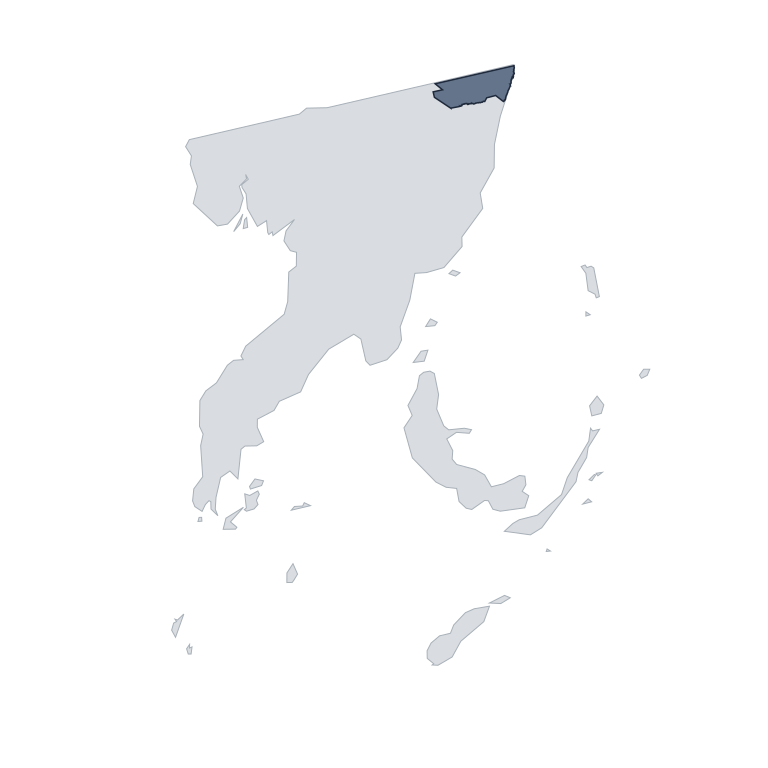 Vanimo/Green River District, Sandaun, Papua New Guinea (highlighted), rotated 77°
{"feature_id": "67681753B35177268475700", "entity_name": "Vanimo/Green River District", "entity_type": "district", "adm_level": 2, "iso_a3": "PNG", "parent_name": "Papua New Guinea", "parent_adm1": "Sandaun", "projection": "equal_earth", "projection_center": [141.584, -3.431], "detail": "fine", "context": "in_parent", "style": "filled", "palette": "slate", "viewbox_px": 768, "rotation_deg": 77, "n_neighbors": 0, "source": "geoboundaries", "source_scale": "gbopen_adm2", "svg_char_len": 7600}
<svg xmlns="http://www.w3.org/2000/svg" viewBox="0 0 768 768"><g transform="rotate(77 384 384)"><path d="M102.1,518.7L102.0,405.8L97.8,397.4L102.0,377.3L101.9,186.1L110.0,187.0L149.0,210.3L175.4,222.5L198.3,228.1L219.5,247.3L235.1,248.3L258.3,275.1L267.6,277.0L284.0,299.4L285.0,317.5L283.1,329.0L308.1,340.0L332.0,355.4L345.0,357.0L352.2,362.5L361.0,375.7L362.6,393.4L357.4,396.5L335.0,396.4L328.7,402.2L337.6,430.0L357.7,455.4L372.9,467.0L377.3,489.9L385.0,497.1L389.8,515.3L397.7,517.2L413.1,514.2L415.6,521.9L413.2,533.4L415.4,538.0L443.6,547.7L434.1,553.7L438.3,564.2L456.7,573.2L468.1,576.6L475.0,575.5L466.9,580.7L459.7,579.2L458.3,580.8L461.3,585.2L467.2,589.9L460.9,595.9L454.8,596.8L443.4,592.9L433.6,581.5L402.8,576.5L392.1,571.5L383.7,573.3L358.7,567.1L350.6,559.1L345.2,547.0L330.5,532.4L327.1,525.2L328.6,515.7L324.5,517.1L316.0,510.2L293.6,465.6L282.1,459.3L253.5,451.6L249.4,442.9L236.0,439.6L233.0,445.3L222.1,449.3L212.8,445.0L203.6,434.2L214.4,458.8L210.6,458.7L212.4,462.6L210.3,463.2L198.4,461.7L202.0,471.9L182.3,477.6L167.7,475.6L160.7,478.1L157.8,477.8L154.0,470.2L148.7,471.7L153.2,471.8L158.8,480.5L171.1,479.3L183.0,485.9L193.0,500.5L192.5,510.7L165.3,529.3L149.5,521.3L126.5,523.4L118.4,520.3L108.1,523.9L102.1,518.7ZM514.1,268.4L519.7,273.5L525.4,268.1L536.3,274.7L534.1,299.3L530.5,306.1L521.2,308.6L520.1,312.2L526.0,326.7L523.5,331.9L515.4,337.3L502.1,336.7L498.6,346.7L491.2,355.5L462.4,373.0L431.2,374.4L421.0,363.6L410.3,365.5L395.9,352.8L383.9,347.6L381.5,342.7L381.8,336.3L385.1,332.6L406.6,333.2L420.3,338.3L438.2,335.2L443.2,331.3L445.2,315.6L448.2,309.0L451.2,312.0L447.4,324.3L451.6,335.2L464.4,332.0L472.5,334.5L478.8,331.3L487.9,314.2L495.2,306.4L508.3,302.5L508.1,289.9L503.6,272.6L505.5,267.5L514.1,268.4ZM670.2,394.7L668.6,400.3L667.7,398.5L661.1,403.6L653.6,402.0L647.0,396.4L641.9,386.5L641.8,375.3L634.5,370.3L625.1,356.1L623.3,346.6L624.2,331.2L638.0,340.2L651.9,367.0L665.3,379.0L670.2,394.7ZM563.9,275.3L554.6,299.9L548.9,289.8L546.7,282.8L546.3,264.0L531.7,235.9L516.5,226.5L485.7,197.3L473.5,192.7L476.6,191.3L476.6,184.2L491.8,199.4L501.2,203.1L513.8,214.9L522.4,218.9L559.6,262.7L563.9,275.3ZM318.1,153.5L347.3,154.5L347.8,157.8L343.9,158.2L339.0,164.1L321.5,162.4L313.9,165.5L313.3,161.3L316.2,160.1L315.8,155.7L318.1,153.5ZM463.3,530.3L468.6,534.5L473.1,533.9L476.5,538.7L477.0,546.6L475.0,548.4L473.8,546.0L459.7,544.4L462.4,539.9L459.8,531.0L463.3,530.3ZM461.8,188.7L451.5,188.6L443.7,179.1L453.8,174.5L461.5,178.9L461.8,188.7ZM483.8,564.6L490.5,559.6L492.0,561.3L489.4,573.4L479.2,568.2L472.5,548.7L483.8,564.6ZM538.6,513.1L549.8,511.0L555.1,516.2L556.7,518.1L555.6,523.3L546.3,521.1L538.6,513.1ZM563.1,630.8L583.9,644.1L576.1,646.3L569.6,642.7L568.8,639.5L566.1,640.6L567.5,638.3L563.1,630.8ZM369.6,350.7L360.4,340.5L360.9,333.6L370.8,339.7L369.6,350.7ZM456.3,537.8L453.6,538.1L447.5,531.1L451.2,523.2L455.4,526.1L456.3,537.8ZM621.1,330.6L617.1,314.1L620.7,309.1L624.2,319.6L621.1,330.6ZM337.4,330.5L331.0,324.1L335.8,318.2L338.6,321.3L337.4,330.5ZM436.4,131.9L432.8,133.1L428.0,127.7L429.4,121.7L434.8,125.6L436.4,131.9ZM294.9,290.0L291.1,295.9L288.5,291.4L292.7,284.9L294.9,290.0ZM486.0,483.0L486.1,502.7L483.2,498.8L484.6,490.7L481.7,488.4L486.0,483.0ZM195.5,488.1L201.7,496.2L186.6,483.3L195.5,488.1ZM200.9,486.2L192.6,482.9L190.9,480.4L200.7,481.6L200.9,486.2ZM603.7,632.7L603.1,635.5L597.6,635.9L594.0,632.0L597.5,632.9L597.0,630.2L603.7,632.7ZM545.5,208.2L545.7,217.4L541.8,210.9L545.5,208.2ZM525.0,203.3L523.4,205.8L519.5,199.4L520.2,198.1L525.0,203.3ZM476.7,592.3L476.1,596.2L472.4,594.2L472.9,591.7L476.7,592.3ZM521.6,196.3L518.7,197.4L519.2,191.1L521.6,196.3ZM362.9,167.5L363.2,172.0L359.1,171.0L362.9,167.5ZM584.2,259.4L583.7,263.6L581.4,262.2L584.2,259.4Z" fill="#d9dde1" stroke="#a8b0b8" stroke-width="1"/><path d="M135.7,203.9L135.6,203.7L135.4,203.4L135.2,203.3L135.2,203.2L134.8,203.0L134.8,202.9L134.7,202.8L134.5,202.6L134.4,202.6L134.4,202.1L134.4,201.9L134.2,201.8L133.9,201.7L133.7,201.5L133.4,201.4L133.0,201.3L132.9,201.3L132.6,201.1L132.4,201.1L132.2,201.0L131.9,200.9L131.7,200.7L131.4,200.5L130.7,200.2L130.3,199.8L130.2,199.8L129.9,199.6L129.5,199.3L129.3,199.1L129.1,198.9L128.9,198.8L128.8,198.7L128.5,198.5L128.4,198.4L128.2,198.3L128.1,198.2L127.9,198.1L127.7,198.0L127.3,197.8L127.2,197.8L127.0,198.2L127.1,197.9L127.0,197.7L126.5,197.4L125.9,197.0L125.6,196.6L125.3,196.5L125.2,196.3L124.5,195.7L124.4,195.7L124.0,195.4L123.3,194.9L123.0,194.7L122.8,194.5L122.4,194.3L122.0,194.0L121.6,193.9L121.3,193.8L121.4,193.7L121.0,193.7L120.8,193.7L120.3,193.4L120.2,193.3L120.2,193.2L120.2,193.4L120.1,193.5L120.1,193.2L119.8,192.8L119.4,192.6L119.1,192.5L119.0,192.4L118.4,192.3L117.8,192.2L117.4,192.1L117.2,191.9L116.7,191.8L116.6,191.7L116.4,191.6L116.2,191.5L116.1,191.4L115.9,191.5L115.8,191.4L115.5,191.2L115.4,191.1L115.4,190.9L115.2,190.9L114.8,190.7L114.7,190.6L114.6,190.3L114.5,190.1L114.7,189.9L114.8,189.8L114.8,189.7L114.8,189.4L114.7,189.3L114.7,189.2L114.4,189.1L114.2,189.3L114.2,189.6L114.3,189.9L114.3,190.0L114.2,190.1L113.9,190.2L113.6,190.0L113.4,189.9L113.2,189.6L113.2,189.4L113.4,189.1L113.5,189.0L113.6,188.9L113.5,188.7L113.3,188.7L113.3,188.8L113.2,188.9L112.8,188.6L112.6,188.5L112.4,188.5L112.2,188.6L111.9,188.6L111.8,188.4L111.7,188.1L111.5,187.9L111.4,187.9L111.3,188.0L111.2,188.0L111.1,187.6L110.8,187.2L110.6,187.2L110.1,187.3L109.9,187.3L109.5,187.4L109.3,187.6L109.2,187.6L108.7,187.6L108.6,187.3L108.4,187.2L108.3,187.3L108.2,187.2L107.9,187.0L107.8,186.9L107.2,187.0L106.9,187.0L106.7,186.9L106.5,186.5L106.4,186.4L106.2,186.4L105.9,186.3L105.6,186.3L105.5,186.2L105.3,185.9L105.1,185.9L104.5,185.9L104.3,185.9L104.2,185.8L103.8,186.0L103.7,186.1L103.5,186.3L103.5,186.1L103.4,186.0L103.1,185.8L103.0,266.6L110.5,260.8L110.4,270.4L116.0,270.4L130.3,256.9L130.2,256.9L130.3,255.7L130.6,248.3L130.6,248.2L130.5,247.9L130.5,247.7L130.4,247.7L130.5,247.6L130.5,247.4L130.5,247.2L130.6,246.8L130.6,246.6L130.4,246.6L130.3,246.4L130.2,246.3L130.2,246.1L130.1,246.3L129.9,246.1L129.9,245.9L130.0,245.7L129.9,245.7L129.7,245.5L129.8,245.5L129.9,245.3L129.7,245.1L129.6,244.9L129.6,244.7L129.4,244.4L129.3,244.2L129.2,244.1L129.2,243.9L129.2,243.7L129.3,243.7L129.3,243.4L129.4,243.1L129.3,242.9L129.3,242.7L129.2,242.5L129.1,242.3L129.1,242.2L129.0,241.9L129.0,241.7L129.0,241.9L129.2,241.7L129.3,241.7L129.3,241.4L129.3,241.1L129.2,241.0L129.3,240.9L129.2,240.7L129.3,240.1L130.3,239.8L130.5,239.6L130.5,239.3L130.5,239.2L130.4,239.1L130.5,239.0L130.5,238.9L130.5,238.7L130.4,238.6L130.2,238.6L130.3,238.3L130.3,238.2L130.3,237.9L130.2,237.9L130.3,237.7L130.3,237.4L130.2,237.4L130.2,237.2L130.1,236.9L130.2,236.6L130.3,236.5L130.4,236.3L130.5,236.1L130.4,236.0L130.5,236.0L130.5,235.9L130.5,235.7L130.4,235.5L130.4,235.3L130.4,235.0L130.5,234.9L130.6,235.0L130.7,234.8L130.6,234.5L130.6,234.4L130.7,234.2L130.8,234.2L131.0,234.0L131.3,233.8L131.3,233.6L131.3,233.4L131.3,233.2L131.4,232.8L131.3,232.4L131.2,232.4L131.1,232.1L131.1,231.8L131.1,231.7L131.0,231.3L131.0,231.2L130.9,231.1L131.0,230.9L131.1,230.5L131.1,230.4L131.1,230.2L131.0,229.9L131.0,229.7L131.0,229.3L131.1,229.2L131.3,228.9L131.3,228.7L131.2,228.6L131.2,228.4L131.2,228.2L131.1,227.9L131.2,227.5L131.4,227.4L131.5,227.3L131.5,227.1L131.5,226.9L131.6,226.7L131.6,226.4L131.5,226.2L131.4,226.0L131.3,225.8L131.4,225.6L131.4,225.4L131.4,225.2L131.5,225.1L131.6,224.9L131.5,224.7L131.4,224.5L131.3,224.3L131.2,224.1L131.1,223.7L130.9,223.6L131.0,223.2L131.2,222.9L131.3,222.6L131.4,222.3L128.2,219.5L128.2,217.3L128.0,210.3L134.7,204.9L135.7,203.9Z" fill="#64748b" stroke="#1e293b" stroke-width="1.5"/></g></svg>